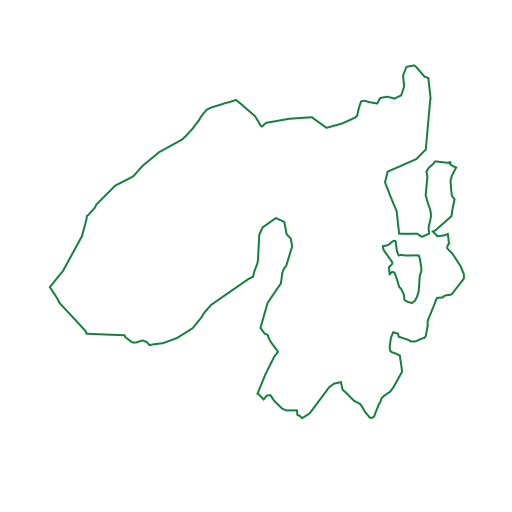 the district of Hazm Al Odayn, Ibb, Yemen, rotated 354°
{"feature_id": "15242507B15559631909516", "entity_name": "Hazm Al Odayn", "entity_type": "district", "adm_level": 2, "iso_a3": "YEM", "parent_name": "Yemen", "parent_adm1": "Ibb", "projection": "albers", "projection_center": [43.968, 14.112], "detail": "fine", "context": "isolated", "style": "outline", "palette": "green", "viewbox_px": 512, "rotation_deg": 354, "n_neighbors": 0, "source": "geoboundaries", "source_scale": "gbopen_adm2", "svg_char_len": 5106}
<svg xmlns="http://www.w3.org/2000/svg" viewBox="0 0 512 512"><g transform="rotate(354 256 256)"><path d="M91.9,198.7L91.4,201.3L86.7,213.6L84.9,218.2L62.1,251.2L58.4,254.6L58.1,255.0L47.7,265.4L53.2,275.9L56.0,282.6L68.2,298.8L68.5,299.1L78.8,313.1L79.3,315.3L79.3,315.5L84.8,316.4L91.6,317.4L117.0,321.1L117.7,323.3L119.5,324.9L121.8,327.2L124.1,329.1L127.5,329.5L134.4,328.1L138.4,330.2L140.8,333.6L144.8,333.1L154.2,333.0L168.7,329.4L185.4,321.2L187.5,319.1L192.0,314.7L194.8,311.9L198.7,306.9L201.1,304.7L206.3,299.9L219.6,292.6L246.6,277.8L250.7,276.4L253.3,269.9L256.6,263.6L257.6,259.8L261.5,235.1L265.6,228.2L271.5,224.9L277.5,221.6L278.1,221.3L279.8,220.4L286.2,224.2L287.7,225.1L288.7,237.5L292.4,242.3L292.6,245.1L293.0,250.1L289.4,258.6L286.7,265.0L286.3,266.1L286.2,266.1L285.7,267.4L285.3,268.3L285.1,268.8L282.5,271.5L280.5,275.2L277.9,285.8L262.6,303.9L255.8,320.8L252.9,328.0L256.6,334.2L259.4,335.7L259.8,337.9L261.5,342.6L262.6,344.5L267.3,352.5L267.9,353.6L263.5,358.2L253.0,374.6L243.1,393.1L244.3,393.8L248.6,399.5L252.2,395.9L255.8,395.9L256.9,397.9L256.8,398.0L258.9,401.8L266.2,410.7L270.1,412.8L273.7,413.1L280.6,413.8L280.6,418.4L282.9,419.7L284.9,422.1L292.9,418.2L297.6,413.1L315.0,394.2L318.9,391.9L320.3,391.1L322.3,390.9L327.3,390.3L327.9,395.6L328.2,398.0L328.3,398.2L329.8,399.8L330.9,401.0L338.5,410.4L341.7,412.4L344.1,414.1L344.4,414.5L345.5,416.5L348.2,422.6L349.1,423.9L351.6,427.5L352.3,428.7L353.7,429.0L354.9,429.0L356.7,427.9L359.1,423.1L363.2,415.4L364.0,415.1L366.0,410.6L368.9,408.3L371.5,406.9L375.2,405.0L378.9,401.0L380.1,399.3L380.8,398.3L380.9,398.2L381.8,397.0L382.4,396.0L389.0,386.6L389.2,386.3L389.1,381.8L389.0,379.1L388.8,373.5L388.7,372.2L388.7,370.2L384.9,367.7L381.2,366.0L379.7,364.7L379.5,362.7L379.3,360.9L380.0,358.3L380.3,357.0L380.5,356.1L381.6,351.5L384.5,346.2L389.1,348.1L389.5,351.2L392.2,352.4L394.8,353.6L398.1,355.1L399.4,355.7L400.3,356.7L400.5,357.0L403.9,357.5L405.6,357.6L413.8,355.1L415.2,354.9L416.5,353.2L417.2,350.9L419.5,343.4L419.5,342.9L419.5,341.5L419.8,339.8L420.3,337.8L429.5,320.6L429.7,319.8L429.9,319.5L431.7,316.6L432.1,316.6L437.6,316.7L438.4,315.7L440.6,315.0L442.4,314.9L442.6,314.9L445.1,315.0L447.2,314.0L447.4,313.8L448.7,312.4L452.7,308.2L457.6,303.1L460.4,300.1L460.8,295.8L458.7,288.7L458.3,287.4L456.5,283.8L453.7,278.3L451.7,274.5L447.0,268.4L447.4,266.2L447.8,265.4L448.4,264.7L449.4,264.1L449.2,263.6L449.1,254.2L445.3,255.2L438.4,255.3L438.4,255.0L434.4,250.1L437.0,249.3L437.9,248.7L452.9,238.0L454.6,236.7L455.4,233.3L456.7,228.7L457.0,227.7L457.9,224.9L458.3,223.7L458.6,222.6L459.4,220.4L457.1,216.6L457.0,209.9L457.2,206.1L457.3,201.8L458.9,197.1L464.3,188.9L462.0,187.6L459.0,185.6L458.8,185.0L458.9,184.3L459.2,183.5L458.9,183.0L457.9,183.0L457.0,183.5L446.3,181.1L444.8,180.7L443.4,181.2L441.5,183.2L436.9,186.5L434.4,189.7L434.7,195.1L431.3,212.3L431.1,213.6L432.7,222.4L434.0,227.6L434.4,232.0L434.0,235.5L433.0,238.6L430.5,246.2L430.6,249.0L430.6,250.4L430.6,251.8L423.1,254.3L418.4,250.6L412.5,250.1L408.9,249.8L408.1,249.7L400.7,248.8L400.6,237.3L400.6,230.1L400.6,226.3L399.2,221.7L397.8,217.0L396.4,212.2L395.8,210.3L394.8,206.3L394.5,205.3L392.6,198.4L392.0,196.2L393.5,192.2L395.7,185.9L408.2,181.9L424.2,176.8L425.6,176.4L436.0,167.8L445.7,118.2L446.1,117.8L446.0,97.0L444.4,96.2L442.3,95.2L440.7,92.9L434.9,84.5L433.3,83.0L425.4,83.6L425.1,84.2L421.1,92.0L421.1,102.8L417.2,111.4L410.2,113.9L409.8,113.7L403.2,111.3L396.1,111.8L392.5,117.0L387.8,115.7L384.1,114.6L380.2,112.9L376.8,113.2L374.7,117.3L374.2,119.0L373.1,121.3L371.4,126.7L371.3,126.9L371.3,127.0L369.1,128.7L355.6,133.2L353.3,133.6L339.5,135.9L326.3,124.1L326.1,123.8L324.3,123.8L317.8,123.5L315.9,123.4L302.9,123.0L289.3,124.0L281.6,124.5L280.2,124.6L277.5,126.3L277.4,126.4L277.2,126.5L276.3,127.4L275.6,127.8L274.8,127.6L273.9,126.1L271.5,120.7L269.7,117.0L269.3,116.5L260.3,106.9L258.4,104.7L257.5,103.8L252.4,98.7L244.9,100.3L243.6,100.4L242.5,100.5L236.6,101.8L236.4,101.8L231.3,102.8L226.8,103.7L222.3,105.4L219.1,108.3L215.7,111.9L213.3,115.3L210.3,118.2L206.7,122.3L199.0,129.1L194.8,132.3L189.9,134.5L185.5,136.3L176.3,140.2L170.5,142.6L152.9,154.3L152.7,154.4L152.7,154.5L149.6,157.2L143.0,163.3L140.9,164.5L125.9,170.3L123.4,171.3L117.3,176.2L102.5,188.2L100.7,191.2L93.5,197.7L91.9,198.7ZM397.6,269.5L398.1,270.4L400.2,270.1L405.3,271.2L406.4,271.3L408.3,271.5L416.6,272.2L416.6,272.4L417.9,272.5L418.1,273.3L418.6,275.3L419.2,284.5L418.8,288.6L416.9,292.4L414.0,308.5L411.6,313.9L409.2,317.3L405.9,319.2L405.2,318.7L404.0,318.2L402.2,317.5L400.4,316.4L399.1,315.2L399.0,314.7L399.0,312.8L399.0,311.6L399.0,311.4L399.0,309.7L397.8,306.3L396.9,303.8L395.2,301.8L395.0,300.9L393.5,292.8L392.1,287.5L391.3,286.5L390.8,286.3L390.0,286.2L389.4,286.2L388.6,287.0L387.1,288.0L387.0,282.3L387.0,282.1L387.0,281.2L390.8,277.9L390.8,276.8L390.8,276.3L387.5,270.4L383.6,263.5L383.2,260.9L383.2,259.5L385.3,259.4L388.2,259.0L390.3,258.0L391.4,256.9L393.0,256.0L394.4,255.4L395.3,255.3L396.2,255.7L396.5,257.2L396.4,259.3L396.6,263.6L396.7,265.7L397.6,269.5Z" fill="none" stroke="#15803d" stroke-width="2"/></g></svg>